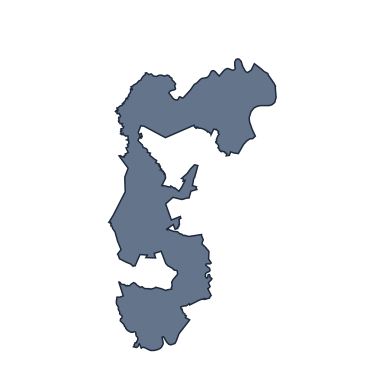 Cosoleacaque, Veracruz, Mexico, rotated 333°
{"feature_id": "50627088B31843590952822", "entity_name": "Cosoleacaque", "entity_type": "district", "adm_level": 2, "iso_a3": "MEX", "parent_name": "Mexico", "parent_adm1": "Veracruz", "projection": "albers", "projection_center": [-94.578, 18.006], "detail": "fine", "context": "isolated", "style": "filled", "palette": "slate", "viewbox_px": 384, "rotation_deg": 333, "n_neighbors": 0, "source": "geoboundaries", "source_scale": "gbopen_adm2", "svg_char_len": 6007}
<svg xmlns="http://www.w3.org/2000/svg" viewBox="0 0 384 384"><g transform="rotate(333 192 192)"><path d="M162.9,84.0L163.6,85.2L163.2,85.6L161.5,85.1L160.3,85.5L160.5,86.0L161.7,86.2L161.8,86.6L160.9,87.6L160.9,88.3L162.7,89.0L162.5,90.1L163.1,91.4L161.9,92.6L160.6,92.2L160.0,93.2L159.7,95.1L158.8,95.3L158.5,96.4L159.1,97.5L159.0,98.6L160.9,99.5L160.2,99.8L159.9,101.7L160.8,102.9L159.3,104.0L157.3,103.5L156.8,104.5L157.3,105.5L155.9,105.5L156.0,107.0L154.7,107.6L155.6,109.2L157.1,108.7L156.9,109.6L158.2,112.0L160.3,112.9L159.3,115.8L157.5,115.9L158.8,117.2L158.0,119.6L157.4,120.2L156.0,120.2L155.9,122.7L153.3,122.7L153.1,127.8L149.6,127.9L149.6,128.9L147.5,129.2L147.4,130.0L146.2,129.4L144.6,127.0L143.4,126.7L145.9,141.8L138.8,148.3L132.6,161.5L111.4,176.9L104.2,181.3L105.5,181.9L105.0,182.8L105.7,183.3L104.3,185.2L105.1,186.1L104.7,188.4L105.3,192.6L103.4,201.9L102.6,211.1L97.4,213.6L97.6,214.8L97.1,218.6L101.6,224.8L104.6,228.2L105.8,231.4L106.6,231.1L107.7,232.0L117.3,224.1L123.5,227.9L121.1,229.5L129.6,234.2L130.5,229.5L137.6,230.8L136.2,243.8L136.9,246.5L139.8,250.9L140.6,253.4L142.6,254.9L143.0,255.7L141.8,258.8L135.5,261.4L133.1,263.0L131.7,266.5L130.1,268.0L129.8,269.3L125.6,267.9L124.1,268.0L121.1,264.6L116.4,260.4L114.8,260.6L110.6,259.7L110.5,259.0L106.0,256.6L104.4,253.6L102.6,253.6L100.6,249.9L100.1,247.8L98.9,246.2L95.5,246.6L94.1,247.2L91.8,246.2L91.8,245.8L90.5,245.8L89.9,243.9L87.9,242.7L87.2,241.7L86.6,239.4L85.9,239.1L83.6,253.3L80.1,253.0L77.4,251.6L74.8,255.3L73.9,257.6L74.1,261.7L73.1,262.9L73.1,266.2L72.2,267.9L73.4,270.3L73.1,271.5L71.9,272.7L70.9,272.5L69.6,274.2L71.3,279.4L70.8,280.8L71.4,282.2L71.1,283.4L71.7,286.1L73.8,289.1L75.1,290.0L77.2,290.3L78.0,291.1L78.1,291.8L77.2,293.7L77.0,295.5L77.6,296.5L77.5,297.3L76.6,299.0L74.7,300.3L74.5,300.9L73.6,301.0L73.0,300.5L71.0,302.0L70.8,302.8L69.6,303.3L71.7,305.2L72.6,305.3L73.4,305.3L75.6,303.5L76.3,303.5L75.9,308.1L77.2,307.9L78.8,308.7L82.5,313.7L83.8,314.8L86.9,316.2L90.3,316.9L92.7,316.9L94.4,316.4L96.9,314.7L97.8,313.5L99.2,308.5L99.6,307.8L100.3,307.7L100.9,308.1L101.4,314.7L102.3,317.3L103.9,318.6L108.0,319.2L110.6,317.4L116.1,312.3L131.9,304.9L129.1,300.9L130.7,299.8L129.9,298.6L130.2,297.4L129.2,295.6L129.9,291.6L129.3,291.5L129.7,289.3L132.9,289.8L135.2,290.8L138.8,290.3L138.7,291.6L150.2,291.7L154.1,292.5L154.0,293.0L154.7,293.0L154.9,292.6L155.1,292.7L154.9,293.5L159.4,294.5L160.3,293.6L162.1,292.9L162.2,285.2L163.9,285.1L165.3,284.3L165.3,281.0L165.6,280.2L169.8,278.8L170.4,278.2L169.4,276.0L170.0,274.4L169.9,273.4L168.8,273.1L167.4,275.0L166.3,275.6L165.8,275.2L165.6,273.8L166.2,271.9L166.9,271.0L168.5,270.4L171.1,270.7L172.4,270.2L173.0,267.9L171.3,264.4L171.3,262.8L172.3,262.6L175.5,264.2L176.6,264.1L176.9,263.7L176.4,259.2L180.1,252.6L178.8,247.0L177.3,242.9L178.1,241.6L180.3,239.8L180.7,235.1L181.2,234.2L169.5,230.4L167.8,229.3L166.5,227.8L164.3,226.5L163.6,224.8L162.1,223.5L161.0,220.8L157.7,218.7L155.3,216.1L154.7,215.9L154.3,214.3L152.9,214.6L152.5,213.8L151.8,213.7L160.5,212.5L160.0,217.6L162.5,217.9L162.6,217.5L163.3,217.5L163.3,216.8L165.1,216.4L165.5,215.0L166.1,215.1L168.2,210.3L170.1,210.4L170.5,208.5L160.9,207.6L163.1,190.6L172.6,188.1L179.6,194.1L185.2,195.2L186.6,196.0L191.4,190.8L197.5,192.0L197.5,190.0L198.3,189.4L195.3,186.5L199.8,180.6L200.8,180.4L209.2,171.1L206.6,168.9L201.2,170.7L196.2,173.3L188.9,175.2L189.9,176.1L190.1,177.3L189.0,178.2L191.0,178.6L185.2,183.0L180.6,185.4L178.6,180.7L178.1,180.9L175.8,177.0L174.7,177.8L168.9,172.8L168.5,173.1L168.0,172.6L174.8,167.6L176.0,164.2L175.5,163.8L175.9,163.2L175.4,162.8L176.1,162.0L175.2,160.8L175.7,160.3L174.6,159.3L175.0,158.9L174.6,158.6L175.1,157.9L174.5,157.7L174.9,157.6L174.8,154.7L175.4,154.6L175.2,153.3L174.7,153.3L175.5,152.4L172.9,149.4L174.8,147.9L173.5,145.8L171.0,140.1L172.6,138.5L170.2,136.4L171.3,134.9L171.0,132.6L168.7,130.2L169.1,127.5L167.4,122.6L167.4,121.4L170.9,119.0L170.9,120.9L171.3,120.9L171.3,119.5L172.7,120.1L173.4,116.8L173.0,116.6L171.1,117.3L171.1,114.6L176.5,109.7L179.2,111.7L193.0,131.5L224.1,133.4L223.8,135.0L224.6,137.1L225.0,137.3L225.4,136.2L225.8,136.2L227.4,138.5L228.8,139.1L230.6,140.9L232.7,143.7L233.0,145.3L233.4,145.0L234.0,145.5L234.5,147.3L235.5,148.1L235.0,149.6L239.9,145.8L241.2,147.1L241.9,147.0L242.6,149.2L243.2,150.1L242.0,151.2L242.4,152.6L242.1,153.1L240.4,153.8L237.4,156.5L237.0,158.1L236.0,158.0L235.7,158.9L236.6,161.1L236.7,162.9L236.0,164.1L235.2,164.4L235.9,166.6L235.4,167.0L235.5,167.5L236.2,169.1L236.5,169.4L236.9,169.1L239.3,171.1L239.2,172.0L240.4,173.5L238.9,175.3L241.9,176.3L244.7,173.8L247.3,176.4L250.7,178.8L259.6,173.0L263.9,171.4L267.7,170.9L269.9,171.9L270.7,171.9L273.8,171.0L274.0,163.8L275.1,155.7L276.7,151.7L281.1,147.2L285.3,145.3L288.6,145.2L292.0,146.0L299.7,149.9L302.7,150.6L305.3,150.0L306.5,149.6L309.9,145.9L313.7,136.5L314.4,135.7L314.4,132.4L313.1,123.0L313.3,120.8L310.8,117.2L309.8,114.3L305.8,106.0L300.1,110.3L296.0,110.8L294.8,109.8L294.3,107.9L294.2,103.2L295.1,97.9L294.3,95.1L293.3,94.2L291.4,93.9L289.2,95.5L287.6,98.5L286.6,101.7L285.1,102.3L283.8,102.2L279.9,98.1L277.9,97.8L275.8,98.2L268.9,101.0L267.1,94.7L266.3,93.7L264.9,93.1L263.4,93.6L260.7,95.7L258.0,96.8L255.4,96.4L252.7,95.3L250.4,95.5L246.0,97.0L242.8,97.2L237.1,100.3L227.1,104.1L226.3,104.0L224.5,101.7L223.7,101.6L221.7,103.1L220.6,103.3L218.6,101.9L217.7,100.2L216.3,93.1L218.5,92.1L223.3,93.0L224.2,92.5L224.8,89.4L226.4,88.4L226.1,85.9L225.1,83.3L225.7,81.4L224.6,79.6L224.3,78.0L223.0,76.6L220.2,76.3L217.7,73.9L215.5,73.0L213.1,73.0L210.9,71.7L210.2,70.9L209.4,68.4L206.9,67.7L205.6,65.1L204.5,64.8L203.8,66.2L201.4,66.6L198.7,67.9L197.5,69.0L195.0,68.9L192.1,70.1L188.0,70.3L187.2,70.8L184.8,70.4L185.9,71.1L185.4,72.1L185.5,73.6L185.1,73.6L184.6,72.4L183.8,72.4L183.5,73.8L182.1,75.5L179.3,77.0L179.0,78.2L177.2,78.4L176.9,79.7L175.7,78.8L173.2,81.0L171.5,81.1L171.4,82.3L169.9,81.8L169.3,83.1L167.1,82.7L164.2,83.4L163.2,83.0L162.9,84.0Z" fill="#64748b" stroke="#1e293b" stroke-width="1.5"/></g></svg>